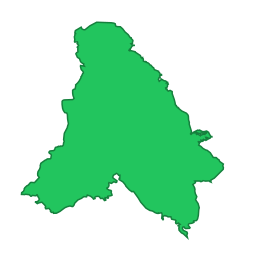 Podeni, Mehedinti, Romania, rotated 6°
{"feature_id": "2599482B44594085370123", "entity_name": "Podeni", "entity_type": "district", "adm_level": 2, "iso_a3": "ROU", "parent_name": "Romania", "parent_adm1": "Mehedinti", "projection": "equal_earth", "projection_center": [22.541, 44.895], "detail": "fine", "context": "isolated", "style": "filled", "palette": "green", "viewbox_px": 256, "rotation_deg": 6, "n_neighbors": 0, "source": "geoboundaries", "source_scale": "gbopen_adm2", "svg_char_len": 5867}
<svg xmlns="http://www.w3.org/2000/svg" viewBox="0 0 256 256"><g transform="rotate(6 128 128)"><path d="M104.4,25.7L103.0,25.2L100.3,25.1L85.8,26.1L79.5,30.3L74.9,34.8L73.3,34.8L71.9,34.3L70.9,32.6L65.5,36.6L65.2,38.5L65.9,39.5L65.4,39.6L65.5,41.5L65.1,42.9L65.8,45.5L65.8,47.8L66.0,48.1L68.7,47.6L69.1,48.8L68.6,49.5L69.8,50.4L70.2,51.1L69.1,52.8L69.1,53.1L69.8,53.5L69.9,55.6L70.3,57.5L69.0,58.5L68.4,59.7L70.3,63.0L72.5,64.1L74.0,67.1L75.9,68.4L77.3,68.8L77.2,70.0L78.1,71.1L74.3,70.8L74.3,71.8L75.3,74.7L77.3,76.4L77.9,77.8L77.2,78.7L76.4,81.3L75.9,81.8L75.9,83.1L74.5,86.4L73.2,88.5L71.4,90.6L71.6,91.5L71.3,94.7L69.7,95.4L69.0,96.3L69.3,99.1L69.9,101.4L71.3,104.2L70.1,105.5L61.4,106.8L60.2,107.5L59.7,108.3L60.0,111.5L60.9,115.3L61.8,117.2L63.5,119.3L65.5,119.5L66.3,120.9L67.0,125.4L68.3,130.0L67.7,132.5L67.6,133.9L65.3,139.7L65.2,140.7L65.2,146.4L66.0,147.9L65.5,149.4L65.4,151.9L64.5,153.0L63.0,152.9L62.6,153.4L61.3,153.4L61.0,153.7L60.7,153.5L59.4,154.4L58.4,154.6L57.8,155.0L57.2,157.5L56.2,158.3L52.8,159.0L52.1,159.8L51.9,160.5L52.4,161.3L54.2,162.2L54.6,163.1L54.4,166.4L53.8,166.8L50.9,167.2L50.2,168.0L48.9,168.7L45.0,172.2L44.6,174.7L44.9,175.9L44.3,178.3L43.1,180.7L42.9,182.9L43.2,184.7L44.9,186.5L40.7,192.1L37.2,192.2L36.5,192.7L34.8,195.2L33.4,196.1L31.7,198.1L31.1,199.4L31.3,200.0L30.6,201.9L29.0,203.4L29.0,205.2L32.3,205.0L33.0,204.6L36.9,204.7L38.4,206.0L39.1,205.9L40.0,205.0L43.0,205.1L44.0,204.8L44.1,204.1L44.8,204.0L45.6,205.6L47.3,207.9L46.8,209.2L45.6,210.7L43.8,211.0L43.7,211.4L45.7,212.7L46.9,211.9L50.1,210.8L53.4,213.5L54.3,214.8L54.0,216.0L54.8,217.0L57.8,216.2L59.8,218.3L59.6,219.0L60.4,219.8L61.2,220.0L62.5,219.6L62.9,220.6L65.8,220.2L69.0,218.1L73.5,213.9L75.8,212.6L78.4,211.6L80.7,212.0L81.4,211.8L82.3,210.5L82.9,208.3L85.7,204.8L89.1,202.8L91.2,200.9L94.0,200.8L94.5,199.0L97.8,199.7L100.2,201.2L101.1,202.3L102.6,201.6L102.2,200.7L102.6,200.0L103.4,199.5L105.1,199.1L106.5,199.2L108.2,201.0L110.0,200.6L111.3,201.5L112.1,202.6L113.4,202.2L113.4,201.6L112.4,200.5L112.5,199.6L115.5,199.9L115.8,199.4L114.8,198.6L114.9,198.0L118.2,197.1L119.2,196.4L117.9,193.6L118.1,192.5L117.6,191.9L115.4,191.6L113.4,190.5L113.3,189.9L114.7,188.7L114.9,188.1L115.1,186.7L114.6,185.3L114.8,184.3L117.4,184.8L119.5,182.9L121.7,183.5L122.4,183.1L122.6,181.7L118.7,179.5L117.9,178.5L118.5,176.3L119.5,175.8L121.2,174.3L122.6,174.9L123.7,176.1L124.9,175.8L125.1,178.9L124.5,179.0L124.5,180.2L128.5,182.1L131.1,184.6L132.0,186.1L135.8,189.4L138.6,191.0L139.8,190.5L140.6,191.0L145.4,196.4L148.4,200.4L154.2,205.8L158.3,207.7L161.1,208.0L163.9,209.4L166.1,209.9L167.1,209.3L167.3,209.7L170.1,208.8L170.5,209.2L171.0,210.7L171.0,214.3L172.4,215.6L172.7,215.2L172.4,214.0L171.8,213.1L172.5,211.9L173.5,211.3L174.2,211.6L174.8,211.2L177.1,212.2L179.9,211.8L180.9,214.1L184.8,214.6L185.4,215.1L185.2,216.9L185.6,217.9L186.5,218.2L188.0,217.2L189.9,218.4L188.2,219.4L188.0,219.9L188.7,220.0L189.3,221.3L189.0,222.1L189.5,224.4L192.1,226.7L194.2,227.5L198.6,230.9L197.7,228.5L198.1,226.6L197.5,225.3L193.7,224.0L192.6,222.1L192.7,221.3L193.0,220.7L194.0,220.5L195.2,221.8L195.9,222.0L199.8,221.3L200.1,220.6L198.2,218.6L198.2,217.4L198.9,216.7L201.4,216.1L203.2,215.1L203.5,214.7L202.8,213.9L203.0,213.5L205.5,213.0L206.1,212.4L206.7,211.1L207.1,207.6L206.9,201.8L207.2,199.9L205.6,195.8L202.7,192.3L203.6,189.1L201.8,186.2L201.0,183.7L201.0,181.7L200.5,181.2L200.5,180.5L198.4,177.4L200.7,175.4L200.8,174.2L200.1,173.8L200.4,173.7L205.3,173.2L205.6,173.7L206.9,173.5L208.1,172.5L210.7,172.7L214.4,172.1L214.8,172.7L216.1,173.1L215.7,172.5L216.1,172.1L215.9,171.1L219.1,168.8L227.0,159.1L227.0,157.3L226.2,155.8L226.6,153.9L222.7,151.7L221.8,150.1L220.4,149.5L218.9,148.2L215.9,148.4L212.4,144.0L209.0,141.9L207.5,141.7L204.6,140.4L202.3,138.6L200.1,137.7L200.6,135.9L199.6,134.7L200.7,134.6L200.4,134.2L201.6,134.2L202.4,133.7L201.9,133.1L201.9,132.4L203.7,133.4L204.3,132.7L203.6,132.1L204.1,131.4L205.8,132.0L206.3,131.3L206.1,131.0L206.8,131.4L207.0,132.0L207.8,131.4L207.2,131.3L207.3,130.6L206.3,129.2L207.3,129.1L209.0,129.7L208.7,130.0L209.3,130.3L210.7,129.5L211.5,128.1L212.4,128.0L212.3,127.7L211.2,127.7L208.8,124.4L208.7,123.9L207.7,123.4L206.1,124.4L206.3,125.1L205.0,125.8L205.1,126.4L203.4,126.4L201.9,127.3L201.1,127.0L200.8,127.3L201.1,127.6L200.8,128.2L197.9,126.6L197.1,127.3L196.8,127.1L197.5,126.0L197.2,125.8L196.5,126.2L195.9,125.7L194.2,126.0L194.1,125.4L195.6,125.5L196.7,125.2L198.0,125.7L200.5,126.0L201.2,125.7L201.3,125.2L204.3,125.4L207.1,123.5L207.0,123.0L206.4,122.8L204.0,123.7L202.1,123.7L200.8,123.1L200.2,123.2L199.6,122.5L198.3,123.0L197.6,122.8L193.8,125.2L191.4,127.8L190.8,127.3L191.6,125.3L191.4,124.6L188.5,117.8L188.4,116.0L187.4,113.6L186.8,109.9L186.2,108.7L184.6,107.2L179.6,105.4L176.0,103.0L176.2,102.8L175.4,102.2L174.3,101.8L173.6,100.9L173.7,100.6L172.6,99.9L172.3,98.4L171.0,94.8L168.4,89.3L168.1,87.1L165.9,86.2L164.2,87.1L162.9,86.2L162.8,85.3L161.7,85.3L161.3,84.2L162.5,83.5L162.9,82.4L162.7,80.4L163.4,80.2L162.6,78.4L161.6,79.0L161.8,78.3L160.6,77.3L158.9,77.2L155.9,75.8L155.8,76.7L154.2,78.3L153.1,76.4L153.5,75.8L153.4,75.1L154.2,74.2L154.6,74.4L154.1,72.8L154.2,72.2L154.9,72.4L155.9,71.9L155.7,71.3L155.0,71.6L154.4,71.1L153.7,69.9L152.5,68.9L152.5,68.4L148.1,67.2L147.1,65.3L146.3,65.1L144.2,63.1L143.3,63.0L142.3,61.9L141.0,61.1L139.4,60.8L139.3,60.4L138.9,60.6L138.2,60.0L137.6,60.3L136.3,59.9L136.0,57.8L135.5,57.1L134.7,57.3L134.4,56.9L134.7,56.4L133.7,56.5L132.7,54.6L127.1,51.7L127.1,51.4L122.5,50.7L121.8,51.1L120.9,50.8L121.1,50.1L121.7,50.4L122.0,49.9L121.6,49.6L121.6,49.3L122.3,48.6L123.4,46.3L124.3,45.5L126.2,45.1L123.5,45.0L122.2,43.9L123.4,43.6L123.7,43.1L123.4,42.3L123.8,40.9L123.6,40.2L121.8,38.6L121.7,37.9L120.7,37.8L118.4,35.1L115.0,32.8L112.3,29.9L109.8,28.1L106.7,28.3L105.1,27.9L104.4,25.7Z" fill="#22c55e" stroke="#15803d" stroke-width="1.5"/></g></svg>